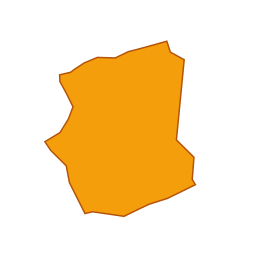 Gwacheon-si, Gyeonggi, South Korea (Albers equal-area conic projection), rotated 286°
{"feature_id": "91817680B14096955932506", "entity_name": "Gwacheon-si", "entity_type": "district", "adm_level": 2, "iso_a3": "KOR", "parent_name": "South Korea", "parent_adm1": "Gyeonggi", "projection": "albers", "projection_center": [127.005, 37.42], "detail": "fine", "context": "isolated", "style": "filled", "palette": "amber", "viewbox_px": 256, "rotation_deg": 286, "n_neighbors": 0, "source": "geoboundaries", "source_scale": "gbopen_adm2", "svg_char_len": 546}
<svg xmlns="http://www.w3.org/2000/svg" viewBox="0 0 256 256"><g transform="rotate(286 128 128)"><path d="M85.4,59.5L74.6,79.1L59.4,86.7L34.6,109.6L33.9,110.2L37.7,117.0L39.8,132.2L42.0,148.5L52.8,160.5L60.4,169.1L71.3,185.4L92.1,208.4L96.3,203.9L118.0,199.5L129.9,177.8L209.1,163.2L212.6,147.8L222.1,141.4L205.9,114.9L201.5,107.3L191.8,96.4L187.4,79.1L178.7,68.2L170.0,60.6L165.7,57.4L160.3,47.6L153.8,49.8L144.0,59.5L133.2,69.3L120.1,68.2L104.9,63.9L91.9,51.9L86.6,58.2L85.4,59.5Z" fill="#f59e0b" stroke="#b45309" stroke-width="1.5"/></g></svg>